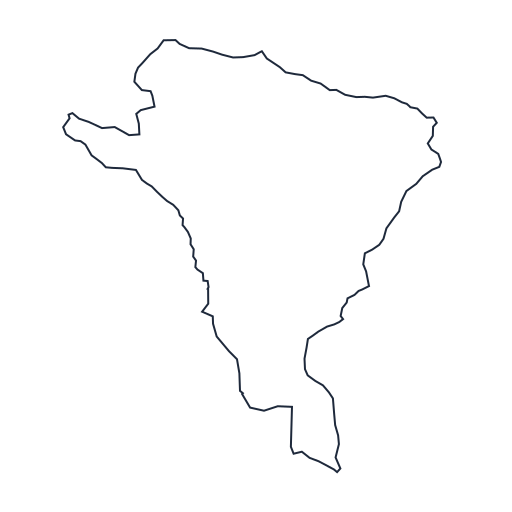 Anogyra, Limassol, Cyprus, rotated 268°
{"feature_id": "46923920B16443175718696", "entity_name": "Anogyra", "entity_type": "district", "adm_level": 2, "iso_a3": "CYP", "parent_name": "Cyprus", "parent_adm1": "Limassol", "projection": "robinson", "projection_center": [32.732, 34.742], "detail": "fine", "context": "isolated", "style": "outline", "palette": "slate", "viewbox_px": 512, "rotation_deg": 268, "n_neighbors": 0, "source": "geoboundaries", "source_scale": "gbopen_adm2", "svg_char_len": 2216}
<svg xmlns="http://www.w3.org/2000/svg" viewBox="0 0 512 512"><g transform="rotate(268 256 256)"><path d="M37.2,329.5L40.7,332.9L51.9,328.5L65.1,332.3L73.9,331.8L84.3,329.2L95.6,328.6L111.0,327.9L117.2,324.1L124.4,318.4L129.0,311.0L134.9,303.5L141.2,301.0L151.7,300.9L162.5,303.3L171.3,305.0L174.5,310.1L178.3,315.7L183.0,324.6L184.9,331.8L187.1,336.9L189.9,340.8L193.1,338.5L201.0,340.4L206.3,345.0L210.5,346.0L213.7,353.1L217.5,357.3L218.8,360.9L222.0,367.9L223.6,367.6L236.8,365.5L243.9,362.9L254.9,364.9L258.3,372.3L262.9,379.6L268.7,384.0L279.1,387.3L289.7,395.5L295.7,400.6L305.1,403.0L315.7,408.6L322.5,418.7L329.9,425.4L336.1,435.1L338.7,442.3L343.5,444.2L347.0,443.2L351.7,441.7L356.3,435.0L362.5,431.6L369.9,436.9L379.0,437.5L382.8,441.3L388.2,438.2L388.3,431.4L392.6,427.0L397.7,422.4L399.3,415.4L400.0,414.9L402.8,412.0L404.5,407.2L408.8,399.7L411.6,391.2L410.2,378.4L411.3,370.3L411.3,361.8L414.0,350.7L419.2,342.1L419.2,335.5L426.1,326.6L429.3,317.2L435.1,309.1L436.4,301.4L438.5,292.0L443.9,286.4L453.0,273.7L460.4,269.0L459.6,267.2L456.8,261.6L455.2,250.1L455.2,240.0L458.4,229.1L461.8,220.2L465.2,208.9L466.0,196.4L470.6,187.1L474.6,183.1L474.8,171.2L466.8,164.9L461.4,157.4L452.8,149.2L448.4,144.7L442.4,141.9L434.4,140.5L425.8,147.7L424.4,156.4L419.8,158.0L408.8,159.8L407.4,153.2L405.8,145.9L402.2,141.3L392.4,143.5L381.6,143.7L381.2,133.4L389.8,119.3L389.2,106.6L395.8,93.6L399.4,84.0L405.2,77.5L403.8,73.6L400.1,74.5L391.5,67.8L384.3,70.4L377.8,79.2L376.9,84.7L373.3,89.4L362.3,95.2L359.1,99.3L354.3,105.2L349.9,109.0L349.1,115.3L348.3,125.9L346.2,139.0L336.0,144.7L332.2,149.5L329.2,154.2L323.5,159.4L318.4,164.4L314.1,169.0L310.0,175.1L304.4,180.0L299.2,181.3L296.0,184.4L289.4,183.7L287.4,185.4L282.4,188.8L275.8,191.4L270.0,191.0L264.9,194.0L257.6,193.2L253.5,195.9L247.0,195.0L244.5,197.0L240.7,202.3L233.2,202.6L232.7,206.8L226.6,207.5L225.2,206.7L225.2,207.0L210.0,206.6L202.2,200.2L197.2,210.7L189.8,210.7L176.9,213.9L161.8,225.7L153.5,233.4L139.3,235.3L134.2,235.3L121.8,235.3L119.3,238.1L118.5,237.3L104.7,244.8L101.1,258.6L105.1,272.5L104.0,286.7L64.1,284.2L57.1,286.7L58.8,295.0L52.4,302.5L48.7,311.4L40.0,326.4L37.2,329.5Z" fill="none" stroke="#1e293b" stroke-width="2"/></g></svg>